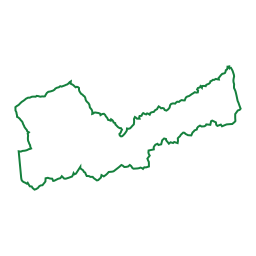 Sete Quedas, Mato Grosso do Sul, Brazil
{"feature_id": "56859067B99302609455873", "entity_name": "Sete Quedas", "entity_type": "district", "adm_level": 2, "iso_a3": "BRA", "parent_name": "Brazil", "parent_adm1": "Mato Grosso do Sul", "projection": "robinson", "projection_center": [-54.99, -23.874], "detail": "fine", "context": "isolated", "style": "outline", "palette": "green", "viewbox_px": 256, "rotation_deg": 0, "n_neighbors": 0, "source": "geoboundaries", "source_scale": "gbopen_adm2", "svg_char_len": 4658}
<svg xmlns="http://www.w3.org/2000/svg" viewBox="0 0 256 256"><path d="M230.9,67.8L229.1,67.8L227.4,67.9L227.1,69.4L225.8,70.2L225.6,71.5L225.0,72.9L223.8,73.5L222.3,73.8L220.8,75.3L219.6,76.9L218.6,77.9L218.9,79.5L217.3,79.3L215.8,78.9L214.1,79.9L212.9,79.8L211.7,80.8L210.4,81.3L210.1,82.6L209.1,83.6L207.8,84.2L206.3,84.8L205.7,86.2L204.1,85.9L202.2,86.0L201.9,87.8L200.5,86.2L200.0,87.3L198.9,87.7L197.8,88.1L197.1,89.5L198.1,90.4L197.8,92.4L196.3,92.6L194.7,92.2L193.5,93.1L191.8,94.1L190.0,95.4L188.9,96.1L187.3,96.5L185.9,97.5L185.2,99.1L184.7,100.4L183.5,100.4L181.6,100.1L180.2,100.8L179.0,101.9L177.2,101.7L176.0,102.6L175.2,103.6L173.0,103.4L171.2,103.9L170.1,105.2L169.6,107.6L168.1,109.4L166.4,110.6L164.7,110.0L163.8,108.4L162.5,108.0L161.1,108.3L159.9,107.2L158.7,106.4L157.8,107.7L157.0,109.2L155.1,110.2L153.8,111.9L152.0,112.2L150.5,112.8L149.7,114.7L148.3,113.8L147.1,113.4L146.2,114.4L145.1,114.1L143.2,113.1L142.3,114.1L141.5,115.8L139.6,116.0L139.2,117.3L139.6,118.7L138.5,118.7L137.0,118.7L136.0,117.7L134.9,117.0L134.0,119.0L134.1,120.7L134.1,122.1L133.8,124.4L132.3,125.9L131.2,127.2L130.1,128.3L128.6,128.8L127.0,128.5L126.8,130.6L125.5,132.6L124.7,133.7L123.3,135.2L122.2,136.2L121.0,136.4L119.8,135.5L119.4,134.0L120.7,132.6L121.2,131.1L122.0,129.7L120.9,128.1L119.6,128.1L118.1,127.2L117.1,126.2L116.3,125.3L115.4,124.5L115.2,123.1L113.6,122.5L113.2,121.3L112.3,120.1L111.1,119.3L110.7,120.7L109.2,120.1L108.1,119.9L107.2,117.9L105.8,116.3L105.2,115.0L103.9,113.8L102.3,114.0L100.5,115.1L100.1,113.7L98.5,113.0L97.0,112.8L95.5,112.5L94.3,112.6L93.3,113.5L92.2,113.9L92.4,112.1L92.0,110.4L91.4,109.3L89.9,107.5L89.4,104.8L88.5,103.2L87.3,102.1L86.3,101.0L85.6,99.6L85.4,98.2L84.6,96.5L83.4,95.7L82.5,94.6L81.3,94.0L80.4,92.8L79.4,91.2L79.0,89.8L79.0,88.0L78.1,87.2L76.8,86.8L75.7,87.3L74.6,86.4L73.4,85.2L72.5,84.6L70.6,83.7L70.8,81.4L69.7,82.1L68.2,83.7L67.3,84.4L66.1,84.8L64.6,85.5L62.9,86.1L61.6,86.6L60.2,86.2L58.8,87.3L57.0,87.7L55.3,88.6L54.5,89.7L53.0,90.6L50.9,91.3L49.6,91.6L48.3,91.8L46.8,93.0L45.7,94.8L44.9,96.3L43.7,96.5L42.2,96.4L40.3,96.7L38.2,96.1L36.6,95.9L35.7,96.7L34.0,96.6L32.0,96.7L30.8,97.2L29.7,97.7L28.0,97.7L26.0,98.7L24.5,100.0L23.1,101.0L21.7,101.9L20.2,103.3L18.9,104.7L17.9,105.4L16.7,106.1L15.4,107.2L15.5,110.5L16.4,112.3L16.6,113.8L17.0,115.2L17.1,116.9L18.2,117.4L19.8,118.8L20.7,120.1L21.7,121.1L22.5,122.2L23.2,124.3L24.0,125.7L24.4,126.9L25.6,128.6L26.8,130.0L27.3,131.4L28.9,132.3L27.7,133.5L28.1,135.6L27.9,137.5L27.9,139.2L28.1,140.8L28.7,142.1L29.3,143.8L30.1,145.2L30.3,146.9L31.1,148.5L29.8,149.0L28.6,149.2L27.7,149.8L26.4,150.3L24.7,150.7L22.6,150.9L20.8,151.6L18.7,151.3L21.2,178.0L21.6,180.0L22.3,181.0L23.5,182.0L25.0,182.6L26.9,183.7L27.7,182.8L28.8,184.7L29.8,186.3L31.7,186.5L32.6,188.0L34.5,189.6L36.1,189.1L38.0,187.9L39.3,186.2L40.8,185.4L42.5,185.2L43.4,184.0L44.4,182.8L45.4,181.5L45.6,178.3L47.8,177.8L49.9,178.5L52.2,178.7L53.2,180.9L54.3,180.7L58.1,178.8L60.3,178.2L61.1,177.2L61.8,176.2L64.2,178.6L65.7,178.7L67.3,178.2L68.6,177.8L72.1,176.5L73.1,174.6L73.6,173.1L74.4,174.3L76.0,173.6L80.3,166.9L80.3,168.3L83.2,170.4L83.8,171.8L85.2,172.6L85.6,173.8L86.7,176.0L89.0,176.1L90.4,176.9L92.7,176.9L93.7,178.1L96.9,180.4L98.2,180.1L100.9,177.6L101.5,175.1L103.8,176.4L105.9,174.9L107.3,173.6L108.7,172.0L110.6,171.8L112.0,171.7L113.6,171.3L118.9,167.2L121.4,165.0L122.7,165.6L124.3,167.0L126.2,166.9L128.1,166.5L129.8,165.0L131.2,166.1L132.4,168.0L133.5,168.7L137.8,168.4L139.3,168.1L140.4,167.6L142.0,168.1L143.0,168.9L144.3,167.3L146.0,167.4L148.9,166.5L148.9,163.7L148.8,161.9L148.1,160.5L147.4,158.6L149.7,155.6L148.7,153.8L148.4,152.5L148.6,150.5L153.8,149.4L153.7,147.2L154.4,146.0L155.4,144.7L157.5,143.8L158.5,145.0L161.2,144.3L162.2,140.3L164.1,138.5L166.0,139.0L166.2,140.4L167.5,141.9L168.9,143.7L170.5,142.3L173.1,143.0L174.2,142.0L177.6,143.1L178.0,140.8L177.8,138.3L178.8,137.2L179.9,136.3L180.8,134.8L183.2,132.6L184.5,132.8L185.5,133.9L186.5,134.4L188.0,135.2L189.6,135.3L191.3,135.4L192.6,132.4L193.8,131.4L194.5,130.4L196.8,129.5L197.1,128.1L198.1,126.8L200.0,125.6L201.6,126.5L204.3,126.3L205.6,125.6L206.3,124.4L210.3,124.8L211.1,121.2L212.2,120.6L213.9,121.4L215.9,122.4L216.2,124.7L217.4,125.9L220.8,124.6L222.0,126.3L226.6,124.4L230.5,124.1L232.2,124.0L234.6,122.0L235.4,121.0L235.2,117.9L235.2,114.1L237.8,110.5L239.7,109.8L240.6,108.7L239.3,105.2L238.5,102.8L237.6,100.8L237.0,97.9L236.5,95.5L235.9,92.9L235.4,91.0L234.6,89.2L234.0,87.9L234.0,86.3L234.1,84.2L233.5,82.0L233.4,80.2L233.7,78.2L234.1,76.4L233.9,74.9L233.3,73.0L232.5,70.6L230.9,67.8ZM229.1,67.8L229.2,66.4L228.0,66.6L229.1,67.8Z" fill="none" stroke="#15803d" stroke-width="2"/></svg>